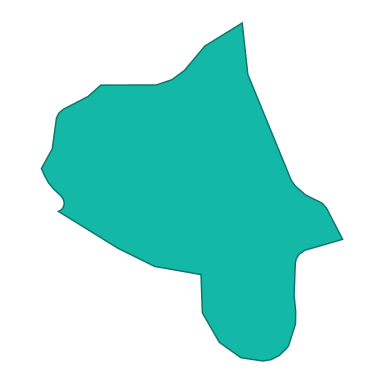 the border of Tower Hamlets
{"feature_id": "GBR-2077", "entity_name": "Tower Hamlets", "entity_type": "London Borough", "adm_level": 1, "iso_a3": "GBR", "parent_name": "United Kingdom", "parent_adm1": "", "projection": "orthographic", "projection_center": [-0.03, 51.512], "detail": "fine", "context": "isolated", "style": "filled", "palette": "teal", "viewbox_px": 384, "rotation_deg": 0, "n_neighbors": 0, "source": "natural_earth", "source_scale": "10m", "svg_char_len": 705}
<svg xmlns="http://www.w3.org/2000/svg" viewBox="0 0 384 384"><path d="M58.4,211.4L60.0,210.6L62.0,209.2L63.2,207.3L64.0,205.1L64.2,202.9L63.5,199.9L62.5,198.0L60.4,195.3L53.6,189.0L48.6,183.0L44.6,175.7L41.4,168.5L52.3,148.8L56.5,117.9L59.0,113.0L63.6,109.1L87.9,96.6L100.9,85.1L156.2,85.0L171.7,79.8L184.6,70.3L204.9,46.0L242.2,23.0L247.8,74.4L291.3,180.5L295.3,186.0L305.6,195.0L322.2,203.2L326.5,208.1L342.6,239.3L305.0,250.2L299.0,254.3L296.3,258.7L295.3,263.1L294.1,295.3L295.7,311.7L295.5,323.8L288.7,345.4L286.8,348.2L279.2,355.5L271.1,359.6L263.0,361.0L240.9,357.7L219.4,342.4L202.4,312.9L201.0,274.6L154.6,266.4L118.0,248.3L58.4,211.4Z" fill="#14b8a6" stroke="#0f766e" stroke-width="1.5"/></svg>